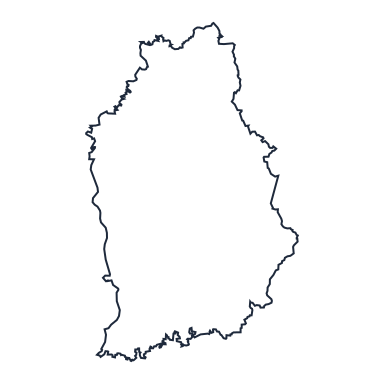 the district of Tangail, Dhaka, Bangladesh
{"feature_id": "16705992B55867939933107", "entity_name": "Tangail", "entity_type": "district", "adm_level": 2, "iso_a3": "BGD", "parent_name": "Bangladesh", "parent_adm1": "Dhaka", "projection": "orthographic", "projection_center": [89.988, 24.376], "detail": "fine", "context": "isolated", "style": "outline", "palette": "slate", "viewbox_px": 384, "rotation_deg": 0, "n_neighbors": 0, "source": "geoboundaries", "source_scale": "gbopen_adm2", "svg_char_len": 5936}
<svg xmlns="http://www.w3.org/2000/svg" viewBox="0 0 384 384"><path d="M240.6,332.3L240.6,328.3L241.7,327.9L241.7,324.6L245.0,324.3L245.9,323.4L244.4,319.7L247.2,318.2L247.5,316.9L249.5,316.4L249.8,315.3L251.6,315.3L252.4,310.1L252.0,308.7L250.6,307.9L249.8,306.5L250.2,301.7L250.8,302.6L252.6,302.8L254.9,305.8L256.7,305.1L259.7,305.5L260.5,307.6L263.9,307.5L264.2,306.0L265.8,304.6L268.6,304.1L271.5,302.7L271.9,300.9L271.4,299.2L267.2,295.4L266.6,293.3L267.5,290.8L267.6,287.5L269.8,284.1L269.9,279.3L273.4,275.0L275.8,270.4L278.3,269.4L278.5,264.8L281.9,263.0L282.1,261.1L284.3,260.1L284.9,257.8L287.5,256.3L290.4,255.8L293.7,253.4L293.1,246.9L293.8,245.4L297.6,241.6L297.3,238.7L296.7,238.6L296.7,237.8L297.8,235.5L296.6,234.9L295.4,232.6L293.1,231.8L292.3,230.8L292.6,230.0L290.9,229.2L290.4,228.2L287.3,228.4L284.4,227.6L282.9,226.4L281.4,224.2L282.0,221.1L281.3,218.7L277.7,212.2L277.9,209.3L275.4,209.5L272.5,208.6L272.9,207.8L270.8,203.4L278.3,175.7L275.1,176.6L270.9,173.8L268.8,168.5L267.7,167.9L267.2,162.2L264.3,161.5L263.6,157.5L264.1,156.8L268.5,156.7L269.4,153.9L271.5,152.5L272.3,151.0L274.3,150.6L276.2,148.7L273.3,146.4L272.5,147.9L270.1,147.9L268.9,146.7L268.4,144.3L265.1,141.1L262.6,142.1L261.3,140.3L263.5,138.4L263.2,137.4L260.0,136.2L258.7,135.0L257.0,135.3L255.0,131.6L252.3,131.7L250.4,133.7L248.0,126.5L248.5,125.6L245.5,126.0L243.2,120.7L242.2,120.5L239.8,113.3L241.6,111.3L241.6,110.4L237.5,110.1L234.9,104.6L231.8,101.6L233.5,98.9L234.0,92.7L234.8,92.2L235.9,93.2L237.6,90.3L239.1,90.4L240.5,85.8L239.8,82.4L240.4,79.5L238.4,77.5L237.7,75.9L237.7,75.2L238.5,74.9L238.3,70.6L237.6,69.6L237.2,66.4L234.5,62.5L235.3,58.7L233.8,56.2L234.0,54.8L232.5,51.7L234.1,48.2L234.1,46.1L234.8,45.0L232.7,43.3L223.9,44.1L219.0,43.8L218.4,40.9L219.2,38.9L218.3,37.8L221.3,37.1L220.5,36.0L221.8,36.0L221.1,35.3L219.6,35.4L220.1,34.1L219.5,33.6L219.4,31.0L217.6,27.6L213.5,23.0L212.4,23.6L211.1,25.8L205.9,26.6L203.5,28.7L199.4,27.5L197.3,27.5L195.2,28.7L193.6,30.3L194.0,32.6L192.9,36.6L191.0,36.8L190.7,38.1L189.2,38.1L188.4,40.3L186.1,40.8L184.6,42.4L183.7,42.4L183.8,43.4L182.4,43.9L182.6,47.5L181.0,47.9L180.0,47.3L178.4,48.9L174.8,49.2L172.1,47.7L170.9,45.9L169.5,46.2L169.6,45.4L171.3,44.6L170.6,44.4L169.7,40.9L168.4,40.3L166.2,40.9L164.8,40.4L163.5,41.2L163.1,39.2L163.5,38.0L161.3,36.3L161.4,35.6L157.9,36.7L156.1,35.9L156.0,36.9L157.0,37.8L158.8,38.1L158.9,38.8L157.9,38.5L157.4,39.1L158.3,40.9L154.5,40.1L154.2,41.2L152.9,41.9L152.4,44.3L150.9,44.9L148.8,41.8L148.1,42.6L149.0,43.2L149.1,44.9L145.3,43.9L144.2,43.0L143.9,41.9L140.8,42.0L142.3,43.1L141.0,43.8L140.0,46.1L140.0,47.8L140.9,49.9L140.4,53.2L140.6,55.7L145.9,60.6L147.9,66.7L147.0,67.0L146.1,69.1L144.8,69.6L142.0,69.4L139.9,67.7L135.2,74.8L135.4,76.6L136.8,78.8L136.4,80.0L133.3,81.3L128.5,81.0L126.6,81.8L127.3,84.0L128.6,84.9L128.3,86.1L126.9,86.4L126.7,87.2L127.6,89.0L130.2,90.9L130.7,91.9L130.0,92.5L126.4,90.3L126.6,92.1L125.7,92.6L126.5,94.0L124.2,94.9L124.5,96.6L122.4,95.8L120.9,96.5L121.5,97.6L123.9,98.9L121.7,99.5L119.4,102.0L119.6,103.2L121.4,104.6L121.2,105.5L118.7,105.2L116.7,107.9L115.5,106.2L114.5,106.7L115.6,108.1L115.0,109.2L117.1,109.4L117.5,109.9L115.7,110.2L114.5,111.1L115.1,113.7L108.1,113.4L107.3,112.9L106.7,111.4L100.7,114.5L98.6,117.8L99.5,124.6L95.5,125.6L90.7,125.7L91.6,126.7L90.0,127.6L92.1,128.9L91.2,132.7L87.9,131.5L86.2,133.1L86.2,134.0L87.4,134.9L91.9,137.2L92.2,139.0L94.1,138.4L95.1,141.2L91.1,148.0L91.7,149.0L94.2,147.0L95.0,147.1L94.9,148.0L91.7,152.1L89.2,153.0L89.6,156.3L89.2,159.2L94.0,159.3L91.3,165.1L90.7,169.5L97.5,187.7L98.0,191.9L93.0,198.1L92.6,202.2L94.7,204.7L97.5,206.6L100.0,210.6L100.4,212.9L100.1,218.6L101.0,222.4L105.7,227.7L106.9,232.8L107.0,238.0L104.8,244.2L104.2,249.0L105.7,259.5L110.0,274.2L109.7,275.7L105.2,275.6L103.0,277.8L105.9,281.2L107.5,280.6L107.5,281.1L111.5,280.4L113.1,285.0L118.2,288.6L118.4,289.8L116.6,292.7L116.8,301.2L119.8,310.1L119.0,316.0L116.9,319.9L111.1,324.7L108.5,328.2L104.6,329.3L106.0,334.8L105.1,342.0L101.3,349.0L102.1,349.8L101.7,351.1L98.8,352.9L97.0,354.8L99.8,355.6L100.6,356.9L104.3,354.3L105.5,351.2L107.8,351.4L108.2,351.6L107.7,354.6L111.7,354.5L112.6,355.3L112.4,356.8L115.0,357.4L115.3,354.9L116.9,354.9L117.3,353.4L118.4,353.3L120.4,353.7L121.0,355.1L121.7,354.8L124.9,355.7L125.1,357.0L126.0,357.3L126.1,359.2L127.4,359.5L127.8,357.8L129.3,358.0L129.7,359.3L130.5,359.6L130.6,360.7L131.2,361.0L132.3,359.8L133.0,360.4L133.8,360.1L136.3,357.8L135.1,355.9L136.2,354.9L136.5,352.6L135.1,351.8L135.3,349.5L137.0,349.6L138.0,348.4L139.1,348.4L139.2,351.9L140.5,352.5L139.8,353.6L139.9,355.5L141.0,357.9L145.1,358.4L145.6,357.3L143.9,356.0L143.9,354.3L145.6,353.5L145.7,351.8L150.0,351.0L149.5,349.0L150.5,346.6L151.2,346.9L150.8,348.2L153.1,348.3L154.2,346.3L155.9,346.4L156.9,344.8L161.9,343.4L159.3,347.0L159.6,347.7L160.9,347.3L162.5,344.2L165.6,344.3L165.4,343.1L164.0,342.9L163.8,342.1L162.6,341.8L162.4,341.2L163.6,340.2L163.5,338.9L165.7,339.2L166.0,334.5L167.0,335.4L166.6,336.5L168.5,337.1L168.3,338.4L169.5,338.8L169.9,339.8L172.9,340.2L173.5,333.7L175.4,333.5L175.8,332.7L174.5,332.0L174.9,331.3L178.1,332.6L177.7,335.0L179.6,336.9L179.9,338.4L176.6,338.9L176.8,341.2L181.1,342.2L181.6,344.1L182.6,344.2L182.4,345.5L181.7,345.3L182.0,345.8L181.7,346.4L182.8,346.1L183.3,345.0L186.3,345.5L188.5,344.9L188.9,344.2L187.8,341.8L188.3,341.2L188.1,340.2L187.1,339.3L187.8,338.7L190.6,338.9L192.2,337.1L191.9,335.7L192.6,335.4L192.1,333.5L189.9,333.5L189.2,332.2L189.8,328.6L191.5,327.9L191.9,331.3L195.5,332.1L195.1,333.9L193.6,334.6L192.7,334.3L193.1,336.4L193.6,336.3L194.6,337.4L200.6,334.4L207.9,333.6L209.2,334.1L209.8,333.1L209.6,331.5L210.0,330.7L211.5,332.8L213.2,332.2L213.0,329.4L213.5,329.2L215.9,329.4L217.0,331.5L219.0,331.7L220.6,334.8L221.4,335.0L223.6,338.2L225.9,338.8L226.4,338.3L226.5,335.2L230.3,335.6L230.5,334.3L231.7,334.3L232.0,333.3L233.6,332.4L240.6,332.3Z" fill="none" stroke="#1e293b" stroke-width="2"/></svg>